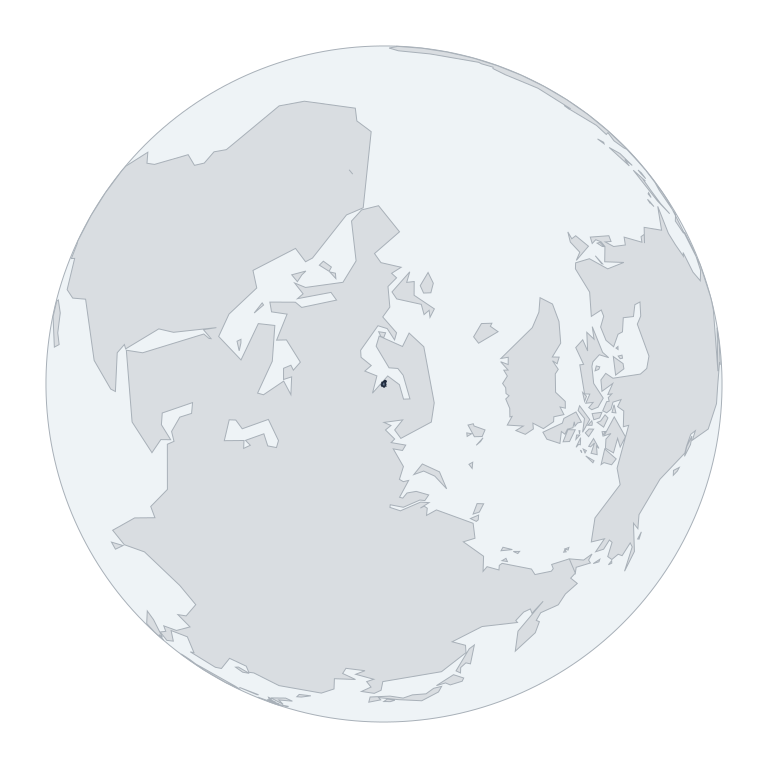 Tavastia Proper highlighted on a globe, orthographic projection, rotated 122°
{"feature_id": "FIN-3185", "entity_name": "Tavastia Proper", "entity_type": "Region", "adm_level": 1, "iso_a3": "FIN", "parent_name": "Finland", "parent_adm1": "", "projection": "orthographic", "projection_center": [24.379, 60.938], "detail": "fine", "context": "on_globe", "style": "filled", "palette": "slate", "viewbox_px": 768, "rotation_deg": 122, "n_neighbors": 0, "source": "natural_earth", "source_scale": "10m", "svg_char_len": 12299}
<svg xmlns="http://www.w3.org/2000/svg" viewBox="0 0 768 768"><g transform="rotate(122 384 384)"><circle cx="384" cy="384" r="338" fill="#eef3f6" stroke="#a8b0b8"/><path d="M73.7,250.1L78.8,239.2L115.1,179.3L136.5,153.9L140.2,150.0L146.7,143.9L196.2,107.6L159.8,131.4L173.0,120.5L189.5,109.0L187.5,111.1L208.3,100.3L224.5,91.6L250.4,85.2L268.2,92.7L258.6,95.2L264.0,97.2L276.3,94.5L283.2,92.3L318.5,99.5L359.7,98.5L372.2,92.0L369.8,98.7L393.3,82.9L415.3,80.8L390.6,87.2L388.3,91.0L403.4,91.1L404.3,95.2L412.1,97.8L411.8,102.8L397.4,106.7L396.9,110.2L407.7,110.2L414.1,115.6L398.4,115.0L408.1,124.5L385.8,134.1L344.2,130.4L331.9,141.7L289.4,154.6L293.4,158.4L279.8,166.4L279.4,173.9L271.6,174.7L278.0,180.2L285.2,178.1L290.4,179.9L290.8,184.3L281.0,185.8L279.3,183.9L276.7,186.6L271.6,185.6L274.3,188.6L262.3,190.3L274.7,195.3L265.6,202.2L257.5,201.6L257.8,192.9L239.7,171.8L231.6,169.4L219.9,174.1L199.0,200.9L190.3,202.3L178.8,210.4L183.8,213.3L194.6,208.2L201.0,216.2L213.4,209.4L217.8,211.9L230.7,209.0L229.3,218.9L220.9,230.5L210.1,233.6L206.1,239.0L216.8,244.0L197.1,258.3L184.9,282.7L179.7,285.7L168.9,276.2L167.8,255.3L153.8,245.0L163.4,261.6L150.3,269.5L148.4,275.2L149.4,280.9L154.5,281.9L150.1,286.9L139.1,271.9L142.8,267.0L146.3,271.7L145.7,262.1L138.2,253.0L132.2,258.2L127.1,240.4L122.8,244.1L119.2,242.6L126.5,237.7L113.3,246.4L106.5,230.1L88.3,246.0L105.6,222.6L111.5,210.6L117.0,197.8L114.0,200.0L125.4,181.3L128.8,170.5L119.9,175.7L107.8,190.1L96.1,209.3L97.3,210.1L91.4,223.3L85.5,226.7L73.6,253.7L69.0,261.9L64.2,274.9L73.7,250.1ZM64.1,275.2L60.7,286.4L56.3,302.5L56.7,305.7L55.9,317.8L52.2,327.3L54.6,327.7L52.1,340.9L52.7,372.4L51.7,372.0L51.6,410.2L57.4,444.8L58.8,458.7L57.5,459.4L60.8,471.0L61.0,474.1L79.7,519.9L93.8,548.4L96.4,557.7L90.6,551.5L91.1,552.6L79.1,529.7L68.9,506.0L60.5,481.6L54.0,456.6L49.4,431.2L46.8,405.5L46.1,379.7L47.4,353.9L50.7,328.3L55.9,303.0L57.6,296.7L60.0,288.2L60.3,287.1L64.1,275.2ZM83.8,249.3L70.6,285.9L73.3,269.9L73.6,271.7L78.0,261.3L84.5,244.9L88.2,232.0L83.8,249.3ZM88.6,254.7L90.5,249.1L89.3,254.1L88.6,254.7ZM286.1,90.8L276.5,94.1L265.0,95.3L272.9,92.0L286.1,90.8ZM308.1,90.3L303.9,92.7L298.3,89.4L302.4,89.1L308.1,90.3ZM381.0,86.8L373.0,87.4L380.4,85.5L381.0,86.8ZM413.2,97.3L415.2,95.9L418.4,97.9L413.2,97.3ZM230.7,203.8L230.6,206.3L228.2,205.5L230.7,203.8ZM236.2,200.2L233.4,197.5L235.7,195.4L237.4,197.1L236.2,200.2ZM420.9,107.5L425.4,111.4L418.3,108.1L420.9,107.5ZM239.2,204.1L240.0,192.1L244.0,188.6L253.7,192.3L239.2,204.1ZM426.4,114.1L437.6,123.9L443.0,121.5L434.1,134.2L427.5,121.4L417.9,117.5L424.9,117.2L426.4,114.1ZM287.3,175.6L279.7,177.9L285.6,172.0L287.3,175.6ZM289.9,171.3L300.8,151.3L312.3,150.3L306.3,157.1L320.8,152.9L321.1,162.2L313.1,166.6L305.7,165.3L311.4,169.9L289.9,171.3ZM427.3,139.9L427.9,143.1L424.6,140.6L427.3,139.9ZM293.0,180.2L294.1,176.1L304.2,174.9L303.6,182.9L300.6,180.7L293.0,180.2ZM324.5,147.4L331.9,148.2L334.1,155.8L337.3,157.2L322.1,162.4L324.5,147.4ZM298.5,183.2L303.1,187.1L298.8,191.8L292.5,184.2L298.5,183.2ZM307.0,171.2L311.7,171.1L308.9,173.8L307.0,171.2ZM285.9,211.1L287.1,205.8L292.4,204.7L285.9,211.1ZM305.1,188.3L306.6,186.7L308.8,185.7L310.9,189.2L305.1,188.3ZM324.7,167.6L324.1,170.8L331.0,165.8L333.0,171.7L322.5,174.2L327.8,175.5L328.4,177.4L319.2,177.4L324.7,167.6ZM319.7,190.0L307.0,195.7L303.6,205.4L298.8,206.6L305.1,190.7L319.7,190.0ZM320.2,182.6L318.8,187.4L313.5,186.3L311.2,182.3L320.2,182.6ZM338.1,174.8L337.8,165.2L340.1,165.1L338.1,174.8ZM319.8,193.1L322.8,191.7L320.2,193.9L319.8,193.1ZM333.6,180.6L333.2,177.1L335.9,177.0L333.6,180.6ZM329.3,191.9L325.2,193.6L323.5,190.9L329.3,191.9ZM332.1,186.9L335.9,187.6L325.3,188.8L331.5,185.3L332.1,186.9ZM336.2,181.0L337.6,179.8L336.0,182.5L336.2,181.0ZM338.1,201.5L325.3,203.8L321.5,197.6L334.5,196.2L338.1,201.5ZM342.5,719.4L336.1,718.4L312.6,707.1L322.4,702.0L319.4,695.0L293.3,671.6L299.0,660.6L291.9,653.5L277.2,651.2L268.8,641.9L259.9,638.9L203.7,620.3L186.4,601.4L165.3,554.5L175.3,546.4L176.8,528.6L245.6,495.0L260.5,505.4L315.1,511.4L321.9,515.3L315.9,530.9L357.1,555.3L370.0,542.8L406.9,552.5L431.3,549.4L439.4,518.0L399.4,522.6L392.2,507.6L423.9,490.8L458.7,486.4L457.0,480.5L434.7,470.6L442.4,457.3L426.9,466.1L433.4,471.6L423.9,477.5L417.4,472.9L420.3,468.2L409.8,466.5L398.3,490.1L403.7,498.3L376.1,503.2L382.4,517.6L375.0,524.2L361.6,502.5L362.7,494.4L338.0,468.7L334.4,477.5L357.5,502.6L350.4,500.4L345.7,513.3L343.7,501.7L319.5,472.7L294.4,472.9L263.0,497.9L248.2,495.2L235.7,483.1L246.7,451.5L278.4,461.2L282.7,450.9L275.9,431.3L286.1,436.2L287.3,429.6L299.2,432.3L315.7,419.8L327.8,420.6L333.9,400.5L341.0,398.4L335.3,410.7L337.8,420.0L367.8,421.7L373.5,417.6L375.1,404.6L383.2,407.1L380.9,394.3L397.9,388.9L375.2,385.1L376.4,370.6L386.5,359.4L382.9,354.1L366.4,372.4L363.5,380.5L367.6,388.3L356.1,410.7L345.9,413.5L342.4,388.2L327.5,389.7L331.3,370.0L373.4,331.4L391.2,323.7L421.2,340.9L417.3,350.6L404.5,349.1L416.6,363.7L415.5,356.1L422.2,358.4L425.0,345.8L429.9,346.9L424.3,333.2L430.6,333.1L434.1,341.8L443.7,323.8L456.7,320.4L456.6,315.9L452.7,312.0L471.8,310.8L470.8,307.6L464.2,306.7L458.0,299.8L454.4,287.3L461.2,287.6L463.4,292.1L478.3,302.3L483.1,314.7L485.5,313.6L482.9,302.9L464.8,290.4L460.7,282.9L470.0,287.4L466.3,285.2L466.4,281.5L472.9,278.3L463.0,272.8L454.9,234.6L466.6,225.1L475.8,233.1L477.3,208.3L490.4,200.7L484.3,199.8L480.8,188.0L476.7,190.1L473.5,188.8L462.8,160.9L465.6,155.0L454.1,142.9L450.9,142.6L448.2,146.2L434.1,134.2L443.0,121.5L449.7,122.8L450.7,114.4L465.9,118.9L478.9,119.2L494.9,129.9L503.8,129.6L503.2,126.3L514.8,123.9L541.0,131.1L522.6,139.4L483.9,133.9L500.0,137.0L497.2,140.7L503.4,144.7L514.7,146.9L515.5,144.4L537.7,172.3L566.5,189.6L562.4,176.4L568.4,172.1L597.5,182.8L637.0,227.3L645.3,224.2L651.5,228.3L656.7,240.2L647.9,234.4L645.6,241.0L639.8,236.2L645.2,254.2L637.2,248.2L645.3,265.6L651.4,265.7L649.7,251.6L660.2,269.9L669.1,264.8L679.3,273.3L695.4,313.2L698.0,341.3L700.1,345.9L696.3,351.3L698.5,369.6L711.4,371.1L713.6,376.9L713.8,406.3L712.5,402.8L702.6,416.8L705.9,433.9L713.7,426.4L716.5,432.3L712.9,442.4L709.4,438.0L705.8,442.6L703.0,429.4L692.8,419.8L688.8,436.6L685.5,428.9L670.9,426.7L663.1,450.3L653.3,498.1L657.9,519.1L651.8,536.6L629.7,524.5L618.8,507.4L611.5,516.9L588.2,511.8L549.9,535.8L543.9,531.7L536.8,539.0L520.3,539.6L510.9,531.6L501.2,536.5L526.1,556.7L536.5,551.2L544.3,535.4L549.4,543.8L565.2,544.4L549.7,577.5L491.9,620.4L485.4,605.2L437.1,563.3L438.1,556.6L437.8,555.9L437.2,554.7L433.6,565.9L425.0,556.0L451.7,589.9L456.6,604.2L491.1,621.7L488.1,625.1L498.9,626.8L532.7,607.8L533.1,613.1L517.6,642.3L470.2,682.0L476.1,693.5L471.9,702.7L441.4,712.9L443.3,715.6L427.4,718.6L425.8,719.3L423.3,719.6L396.4,721.7L369.4,721.6L342.5,719.4ZM222.6,521.7L220.8,527.1L222.6,521.7ZM496.4,496.3L516.7,489.4L506.1,472.8L513.0,468.9L506.8,464.9L505.2,471.6L489.9,459.5L498.1,449.8L494.9,441.5L487.9,443.5L475.3,463.3L497.1,480.5L493.1,490.6L496.4,496.3ZM52.8,373.3L52.4,378.9L52.0,373.9L52.8,373.3ZM71.2,270.9L69.5,277.4L67.9,282.0L68.6,277.6L71.2,270.9ZM63.7,324.6L63.0,332.8L62.6,325.8L63.7,324.6ZM69.1,291.5L64.1,318.4L63.5,306.0L67.1,289.3L66.1,298.7L69.1,291.5ZM84.3,256.3L82.8,260.8L81.5,261.0L84.3,256.3ZM87.8,258.4L88.0,257.0L89.8,253.9L87.8,258.4ZM151.0,270.4L151.7,271.8L151.6,277.9L149.4,275.8L151.0,270.4ZM164.9,301.2L157.6,308.7L161.3,301.7L156.7,300.0L158.8,283.6L177.3,286.4L168.5,287.8L164.9,301.2ZM166.7,263.1L163.3,272.8L166.3,262.2L166.7,263.1ZM281.8,392.6L285.9,398.6L281.4,405.4L266.1,405.7L272.4,395.6L281.8,392.6ZM292.8,405.5L293.6,381.1L303.1,380.3L297.6,384.8L303.9,386.8L296.7,394.6L305.1,418.3L301.7,426.0L275.2,421.6L285.8,418.6L281.1,412.7L292.8,405.5ZM278.7,324.4L279.2,315.0L299.3,325.4L296.5,333.0L281.1,333.4L275.3,324.7L278.7,324.4ZM256.2,213.5L255.1,210.1L257.8,209.6L261.0,212.0L256.2,213.5ZM286.1,208.7L264.0,228.1L261.6,225.1L251.5,240.7L241.2,238.9L248.1,228.8L232.7,239.4L234.7,229.6L225.0,237.8L241.3,215.4L242.6,207.4L245.1,216.9L254.5,218.6L258.9,217.0L272.4,206.5L279.8,190.6L290.2,190.2L295.7,194.2L295.5,197.9L288.8,196.9L293.4,202.7L283.5,204.1L286.1,208.7ZM353.6,247.5L345.9,243.6L353.5,257.7L343.6,258.2L345.2,259.8L338.1,264.4L332.2,272.8L327.7,271.7L327.4,275.5L322.7,278.8L320.7,283.7L311.9,283.6L308.8,289.7L306.4,286.2L303.3,296.9L301.7,289.0L295.5,292.8L300.4,298.4L257.6,288.1L241.0,290.7L228.1,297.4L226.9,283.5L238.3,268.7L255.7,255.8L271.9,255.6L268.4,249.7L275.1,247.9L275.0,253.4L279.2,244.0L284.7,244.1L300.1,234.1L302.7,221.1L308.4,217.4L310.2,222.5L314.6,215.2L321.8,222.6L326.1,220.2L337.4,225.2L338.3,237.0L343.0,233.5L351.8,237.5L353.6,247.5ZM341.2,203.3L344.5,216.6L340.7,223.7L322.6,212.0L317.8,213.2L306.0,206.4L311.7,196.4L314.5,199.2L318.6,199.7L315.2,202.6L321.0,200.6L325.1,204.5L330.7,204.0L330.3,208.4L341.2,203.3ZM329.6,510.1L334.9,511.5L343.1,511.7L340.3,520.1L329.6,510.1ZM312.7,490.6L317.5,490.3L317.5,501.8L312.0,500.5L312.7,490.6ZM320.1,480.7L317.7,489.4L315.8,483.9L320.1,480.7ZM339.7,409.8L344.8,408.8L345.3,411.9L342.5,416.2L339.7,409.8ZM374.3,291.0L370.4,287.2L371.9,285.4L369.4,274.0L376.5,272.9L380.8,279.4L374.3,291.0ZM432.6,524.4L425.6,531.3L421.9,529.0L425.0,527.1L432.6,524.4ZM380.8,528.0L392.6,531.7L379.8,530.3L380.8,528.0ZM381.6,287.9L379.7,283.3L384.4,285.7L381.6,287.9ZM381.6,271.6L387.1,273.3L377.1,271.5L381.6,271.6ZM527.4,683.1L502.3,700.3L487.1,705.5L485.3,704.7L495.3,696.2L513.5,687.8L522.7,680.4L527.4,683.1ZM715.9,447.4L712.9,458.3L701.9,464.5L706.0,454.5L716.2,437.7L715.8,442.1L717.9,435.2L717.2,440.5L715.9,447.4ZM720.6,413.3L720.4,410.7L720.6,402.5L721.2,395.2L719.1,350.1L719.2,343.9L720.9,359.6L721.0,358.6L721.9,386.0L720.6,413.3ZM659.3,519.7L666.4,524.2L662.5,531.3L659.3,519.7ZM714.8,327.1L717.9,345.9L714.0,325.7L714.8,327.1ZM710.4,311.9L711.9,314.7L710.9,316.0L710.4,311.9ZM703.3,351.1L702.8,359.8L701.2,357.5L700.8,345.0L703.3,351.1ZM687.2,280.8L693.3,288.2L695.4,292.2L692.2,291.4L687.2,280.8ZM439.7,275.3L435.2,292.1L436.8,304.2L445.0,310.7L431.5,309.1L429.1,290.4L439.7,275.3ZM452.3,239.4L445.0,234.3L449.3,232.1L451.6,232.9L452.3,239.4ZM447.1,239.5L436.1,241.7L432.8,236.0L442.1,235.3L447.1,239.5ZM408.9,264.5L407.1,269.4L403.3,267.3L408.9,264.5ZM714.2,312.3L714.4,314.7L716.4,325.0L710.9,300.5L711.7,301.7L713.0,306.9L714.2,312.3ZM711.8,306.2L713.8,315.8L710.7,303.2L711.8,306.2ZM713.4,315.7L711.8,312.4L711.2,307.1L713.4,315.7ZM711.2,302.5L708.0,294.1L709.1,295.2L711.2,302.5ZM707.7,305.8L709.1,299.8L710.1,313.5L702.5,301.0L701.5,293.6L707.7,305.8ZM653.4,215.9L649.4,214.2L646.4,207.2L650.0,210.3L653.4,215.9ZM632.6,184.1L644.2,204.8L652.8,222.4L653.6,219.4L661.9,228.3L656.8,229.9L645.5,213.5L640.2,201.3L632.6,195.2L624.5,184.2L615.7,180.6L609.9,174.9L616.3,174.6L632.6,184.1ZM612.0,179.7L593.7,171.0L591.1,160.6L594.6,160.2L604.1,168.4L604.9,173.4L612.0,179.7ZM588.5,166.0L589.1,170.9L563.4,171.4L557.4,169.1L575.5,162.4L577.1,166.8L583.8,168.7L588.5,166.0ZM431.4,142.5L428.2,143.0L429.8,140.6L431.4,142.5ZM471.3,190.3L467.2,188.2L469.2,185.2L471.3,190.3ZM456.9,180.7L457.5,185.6L454.1,180.3L456.9,180.7ZM459.4,196.6L456.4,187.4L463.4,196.4L459.4,196.6Z" fill="#d9dde1" stroke="#a8b0b8" stroke-width="1"/><path d="M385.2,382.1L385.4,382.0L385.5,381.9L385.5,381.7L385.5,381.8L385.7,382.0L385.8,382.0L386.0,382.1L386.3,382.2L386.3,382.3L386.5,382.5L386.4,382.8L386.5,382.8L386.6,383.0L386.5,383.4L386.5,383.5L386.4,383.5L386.5,383.7L386.5,383.8L386.4,383.8L386.3,384.0L386.2,384.2L386.1,384.5L386.1,384.8L386.2,385.0L386.0,385.3L386.1,385.2L386.3,385.2L386.1,385.4L386.1,385.6L385.9,385.5L385.7,385.5L385.1,385.7L384.7,385.6L384.6,385.8L384.6,386.1L384.4,386.2L384.2,386.3L384.1,386.2L383.9,386.0L383.7,386.2L383.6,385.9L382.8,385.7L382.6,385.7L382.2,385.7L381.9,385.5L381.7,385.4L381.5,385.2L381.4,385.1L381.1,385.2L380.9,385.2L380.7,385.1L380.5,384.9L380.6,384.7L380.4,384.5L380.4,384.4L380.5,384.2L380.8,384.2L380.9,383.9L380.7,383.8L380.6,383.6L380.8,383.5L381.0,383.6L381.3,383.8L381.4,383.7L381.7,383.7L382.0,383.6L382.3,383.7L382.4,383.9L382.5,383.9L382.5,383.7L382.4,383.7L382.5,383.6L382.5,383.4L382.4,383.5L382.3,383.4L382.3,383.2L382.7,383.1L383.0,382.9L383.3,382.9L383.5,382.8L383.6,382.7L383.8,382.5L383.7,382.5L383.7,382.4L383.7,382.2L383.9,382.2L384.0,382.2L384.4,381.9L384.5,381.9L384.8,382.0L385.0,382.0L385.0,381.9L385.1,382.0L385.2,382.1Z" fill="#64748b" stroke="#1e293b" stroke-width="1.5"/></g></svg>